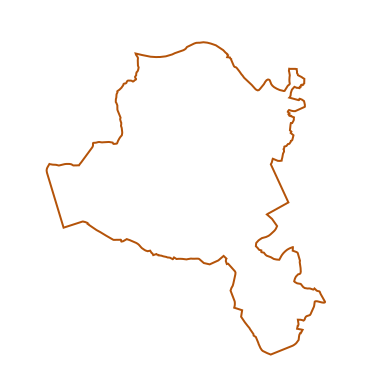 the district of Phachi, Phra Nakhon Si Ayutthaya, Thailand, rotated 8°
{"feature_id": "78962969B2031869857401", "entity_name": "Phachi", "entity_type": "district", "adm_level": 2, "iso_a3": "THA", "parent_name": "Thailand", "parent_adm1": "Phra Nakhon Si Ayutthaya", "projection": "orthographic", "projection_center": [100.735, 14.433], "detail": "fine", "context": "isolated", "style": "outline", "palette": "amber", "viewbox_px": 384, "rotation_deg": 8, "n_neighbors": 0, "source": "geoboundaries", "source_scale": "gbopen_adm2", "svg_char_len": 5911}
<svg xmlns="http://www.w3.org/2000/svg" viewBox="0 0 384 384"><g transform="rotate(8 192 192)"><path d="M45.7,193.1L69.8,245.2L87.7,236.5L88.4,236.4L89.5,236.6L89.9,236.5L92.9,237.2L93.0,237.3L93.0,238.1L94.3,238.5L94.3,238.8L102.8,243.0L106.8,244.5L112.8,247.1L120.5,250.2L121.1,250.3L128.1,249.2L128.3,249.3L128.8,250.7L129.0,250.9L130.5,250.4L131.6,249.6L134.0,247.7L134.7,247.9L137.0,248.3L143.9,250.2L145.5,250.9L146.8,251.7L149.1,253.7L150.1,254.5L152.7,255.8L154.1,256.4L156.4,256.8L158.7,255.9L160.5,258.0L161.3,258.3L162.4,259.9L165.4,258.4L166.1,258.9L167.6,259.0L167.7,259.4L170.4,259.3L172.6,259.7L175.8,259.9L176.7,260.2L179.3,260.1L180.0,260.4L182.3,261.2L182.5,261.0L183.3,259.3L186.0,260.5L188.1,260.0L191.3,259.6L196.0,259.5L197.0,259.1L200.2,258.1L201.9,258.0L207.1,257.2L208.0,257.2L208.7,257.5L213.6,260.7L219.6,261.2L227.6,256.1L232.2,250.9L235.4,253.2L235.1,253.9L235.1,255.7L236.5,258.5L237.6,258.0L237.8,258.0L245.0,264.1L245.7,264.7L246.3,265.8L246.4,267.5L245.7,276.7L245.4,279.1L244.4,281.6L243.9,284.3L249.5,294.4L249.9,296.0L250.1,297.7L250.1,298.9L249.9,300.7L258.1,302.1L258.0,308.7L262.4,313.6L265.9,317.0L267.7,318.6L268.7,319.9L272.2,323.7L272.6,324.1L273.0,325.6L275.4,326.7L278.6,332.1L279.1,333.2L281.5,337.0L283.2,338.9L284.3,339.6L288.9,341.1L292.6,342.0L313.1,330.2L314.7,328.9L316.1,327.4L316.8,326.2L318.2,323.6L318.1,320.5L318.2,318.4L318.8,316.6L319.0,316.4L319.4,316.6L319.5,316.4L320.7,313.1L319.6,313.0L315.1,312.8L315.3,309.8L315.7,309.7L315.9,308.3L315.8,307.7L315.5,306.8L314.6,303.7L317.4,303.4L318.8,303.5L320.4,303.8L321.0,303.1L321.3,302.6L321.5,301.2L322.1,299.7L322.8,299.0L325.4,297.7L326.0,297.3L326.4,296.5L328.7,288.6L328.8,287.6L328.8,283.6L329.0,283.3L329.9,282.9L331.3,282.8L336.0,283.3L337.5,283.3L338.7,283.0L339.0,282.6L339.0,282.2L333.5,275.0L332.5,273.2L332.0,272.7L330.7,272.6L329.1,272.3L328.0,271.4L326.7,270.5L326.3,271.3L325.9,271.7L325.7,271.7L325.3,271.7L322.1,271.1L319.8,271.5L316.9,271.4L315.2,270.5L312.7,268.1L312.3,267.9L308.9,267.8L306.5,266.9L305.6,266.2L306.0,263.4L306.7,261.3L308.6,258.7L309.8,258.3L310.4,257.8L310.7,257.2L310.8,255.8L310.1,252.2L308.4,246.4L308.5,245.1L305.3,237.9L304.9,237.4L303.8,236.9L299.9,236.1L299.6,232.6L299.4,232.6L297.0,233.9L295.7,234.8L294.3,235.9L292.7,237.6L291.1,239.7L290.1,241.4L289.5,242.6L287.9,246.9L287.1,247.0L285.0,247.1L282.3,246.9L279.2,245.6L274.9,244.7L274.0,244.2L273.1,243.5L271.7,242.1L270.6,242.0L269.1,241.9L268.9,241.5L268.8,240.2L268.4,240.1L266.8,240.0L266.4,239.8L264.8,238.3L262.8,236.8L262.7,234.8L262.7,233.6L262.9,233.2L264.7,230.6L266.2,229.2L267.7,227.9L271.5,226.3L272.6,225.6L274.0,224.7L275.5,223.2L278.7,219.3L279.5,218.1L280.2,216.7L281.0,213.9L275.0,207.5L269.3,203.8L270.2,203.0L288.9,188.9L266.2,153.6L266.9,151.7L267.3,148.1L267.4,147.8L272.7,149.2L274.6,149.0L276.4,148.5L276.4,147.0L276.6,145.7L276.8,141.3L277.5,139.2L277.1,137.1L276.7,136.8L277.2,135.5L277.1,134.3L277.2,134.1L279.1,133.3L280.3,131.2L281.7,130.7L282.8,128.5L282.8,127.6L283.7,127.1L284.1,126.4L284.6,121.7L281.5,119.8L282.0,118.4L280.4,117.3L280.2,111.4L280.3,110.0L281.6,109.8L282.6,107.2L282.8,106.3L282.6,105.1L282.6,103.9L280.4,103.4L279.5,103.2L279.5,102.8L278.6,102.8L278.1,103.0L277.9,103.0L276.8,101.7L277.7,101.1L277.6,100.4L276.8,100.3L276.3,99.6L275.7,99.3L275.7,99.1L275.9,98.9L276.0,98.3L276.7,97.3L279.1,97.7L281.0,97.8L282.9,97.6L291.8,92.0L291.9,91.8L291.6,89.8L290.3,86.4L288.2,85.3L286.4,84.8L285.5,84.7L285.4,84.8L285.1,86.1L284.8,86.2L275.3,85.0L275.8,84.3L276.2,82.6L276.1,80.2L276.6,77.3L276.8,76.6L278.8,73.6L281.5,74.3L282.7,74.0L283.3,74.2L284.0,74.2L284.2,72.9L284.9,72.9L285.0,72.1L284.9,71.9L285.1,70.9L285.5,70.6L286.3,70.9L287.1,70.4L287.3,70.2L287.4,69.3L288.0,68.8L287.5,64.3L285.3,63.4L284.8,63.0L280.7,61.6L280.2,60.5L279.4,59.5L279.2,57.8L278.7,56.7L278.6,55.7L277.2,55.7L271.9,56.4L271.1,56.4L271.1,58.6L271.6,59.7L272.6,62.8L272.6,64.7L272.8,67.3L273.2,69.4L273.7,70.9L273.7,71.2L273.6,71.8L273.3,72.2L272.1,73.4L269.6,79.0L268.9,79.2L264.7,78.8L261.5,77.9L258.6,76.7L256.8,75.5L255.5,74.2L253.9,71.3L253.3,70.4L253.0,70.2L252.0,70.0L251.4,70.1L250.3,70.9L249.2,72.7L248.2,75.2L245.1,80.3L244.0,81.8L242.9,82.2L241.4,81.8L240.3,81.1L236.3,77.7L227.7,71.6L225.7,69.5L224.7,68.7L222.3,66.1L219.1,63.0L218.2,62.4L216.8,62.2L216.2,61.7L215.9,61.4L212.4,55.6L212.3,54.9L211.3,54.4L211.0,53.8L210.8,53.5L208.1,53.6L208.7,51.5L207.7,51.0L207.7,50.4L205.8,49.3L203.2,47.2L195.2,43.4L190.0,42.4L186.4,42.0L182.5,42.1L178.9,43.1L175.8,43.6L174.6,44.1L173.3,44.8L168.7,47.9L167.3,48.8L166.7,49.3L165.9,50.9L164.8,52.0L163.7,52.8L155.7,56.9L153.3,58.5L147.2,61.3L141.8,62.7L137.5,63.4L132.1,63.8L123.4,63.3L116.9,62.7L117.4,63.8L119.2,65.8L119.8,66.7L120.0,69.3L120.9,74.4L121.8,76.1L121.7,78.3L121.4,79.6L121.2,80.2L120.5,81.1L120.4,81.6L120.3,83.0L120.5,84.1L119.6,85.8L119.8,86.7L120.8,87.7L120.9,88.1L120.7,88.5L119.6,89.4L118.9,90.3L118.4,90.7L117.9,90.8L116.9,90.3L116.1,90.2L113.5,90.5L112.9,90.7L112.6,91.0L112.2,91.6L111.8,93.1L111.4,93.5L111.0,93.8L109.9,94.0L109.3,94.5L109.1,94.9L109.0,96.0L108.2,97.4L107.7,98.5L105.9,100.8L104.1,102.5L104.0,102.9L104.3,103.5L104.3,103.8L103.8,105.3L103.7,106.0L103.9,109.0L103.7,110.7L104.0,113.5L104.8,114.5L106.0,116.6L106.6,120.5L106.9,121.4L110.9,128.3L110.9,128.7L110.7,129.7L110.8,130.2L111.6,132.1L112.3,133.3L112.5,135.0L112.5,136.4L113.5,138.4L114.6,142.6L114.7,143.7L114.6,145.6L114.3,146.1L113.5,147.3L112.6,149.1L111.6,151.8L111.1,154.0L110.9,154.4L110.3,154.7L107.8,155.3L107.4,155.2L106.5,154.1L102.8,154.0L96.8,155.2L96.0,155.4L93.0,155.4L92.0,155.7L90.1,156.5L87.4,157.1L87.3,157.3L87.2,157.7L87.5,160.0L87.1,161.5L78.2,178.0L77.0,180.0L76.4,181.3L71.0,182.2L70.4,182.1L68.8,181.4L67.9,181.3L66.3,181.3L64.1,181.6L62.1,182.1L56.5,184.3L53.5,184.0L50.4,184.3L47.3,184.2L46.9,184.1L45.6,187.3L45.1,188.8L45.0,190.4L45.1,191.2L45.7,193.1Z" fill="none" stroke="#b45309" stroke-width="2"/></g></svg>